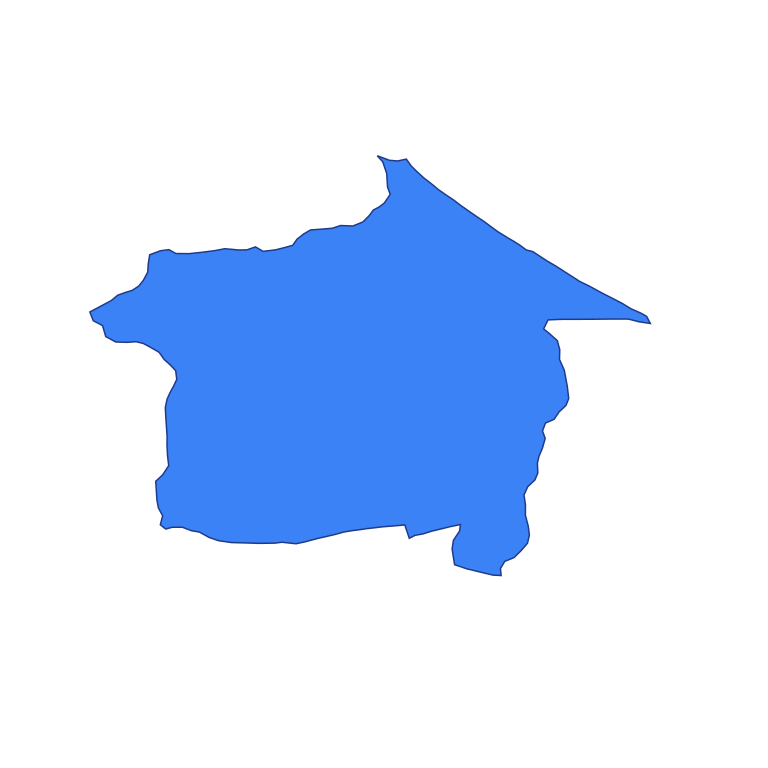 Fortaleza, Ceará, Brazil (orthographic projection), rotated 332°
{"feature_id": "56859067B83599165614359", "entity_name": "Fortaleza", "entity_type": "district", "adm_level": 2, "iso_a3": "BRA", "parent_name": "Brazil", "parent_adm1": "Ceará", "projection": "orthographic", "projection_center": [-38.524, -3.793], "detail": "fine", "context": "isolated", "style": "filled", "palette": "blue", "viewbox_px": 768, "rotation_deg": 332, "n_neighbors": 0, "source": "geoboundaries", "source_scale": "gbopen_adm2", "svg_char_len": 2403}
<svg xmlns="http://www.w3.org/2000/svg" viewBox="0 0 768 768"><g transform="rotate(332 384 384)"><path d="M647.6,455.6L647.6,447.5L644.0,441.9L637.5,433.7L632.2,424.7L618.3,404.7L611.4,394.2L605.0,385.4L598.0,372.9L590.7,359.9L585.5,351.5L577.5,336.9L572.6,332.5L569.3,325.5L565.9,319.5L562.1,313.4L556.5,303.8L553.6,298.0L548.7,287.7L545.6,281.9L540.4,271.9L535.5,262.2L532.0,254.5L527.1,245.4L523.3,237.9L520.2,230.3L515.8,220.5L512.4,210.8L510.4,204.4L509.3,195.9L500.8,193.5L493.9,189.1L485.2,179.3L487.2,187.3L485.2,199.5L479.6,211.7L478.5,219.5L469.1,224.4L462.7,225.4L456.2,225.4L450.2,228.3L441.5,231.0L430.7,229.9L420.1,223.7L411.5,222.2L401.0,217.7L391.5,213.5L383.5,213.8L375.2,215.3L368.5,218.7L360.3,216.9L351.1,214.6L339.5,210.1L334.9,202.6L325.9,201.2L318.5,197.4L312.8,193.6L306.9,189.8L297.5,186.9L285.3,182.3L273.3,177.5L261.5,171.1L257.2,164.4L249.2,161.4L237.8,159.9L232.2,167.3L228.0,174.2L220.2,179.5L213.3,182.4L205.5,183.1L198.3,181.7L190.5,180.6L182.2,182.3L170.9,182.3L158.1,182.3L157.0,191.6L162.9,200.3L160.6,211.5L166.8,220.9L176.5,226.5L185.0,230.3L190.5,235.2L195.0,241.9L200.3,250.4L201.4,259.1L204.3,267.1L206.3,274.5L203.2,282.6L197.2,287.1L191.4,290.9L185.4,295.5L179.8,302.2L175.3,311.9L171.3,320.8L167.9,328.4L163.7,336.1L159.1,345.9L155.6,355.0L145.9,360.3L136.8,362.7L129.0,379.9L126.6,387.5L126.7,396.4L120.4,403.3L123.2,409.6L129.8,411.1L138.8,415.9L145.2,423.2L151.5,428.1L157.5,437.3L164.4,444.7L174.9,452.4L187.8,459.7L198.6,465.9L205.0,469.2L213.0,473.3L219.6,475.8L231.4,483.8L240.2,486.3L246.8,487.8L253.9,489.5L261.6,491.6L270.2,493.9L278.9,495.8L287.8,498.8L294.3,501.3L301.1,503.7L309.4,507.0L315.4,509.3L328.3,514.9L336.2,518.2L333.9,532.1L340.4,532.2L348.2,534.7L356.9,536.3L368.1,539.2L375.4,541.0L385.5,544.0L381.7,549.3L371.9,554.6L366.7,561.6L364.3,568.5L361.5,576.7L370.3,586.0L382.1,596.5L390.5,603.9L397.5,608.1L400.2,601.6L407.3,597.3L417.4,598.3L427.4,595.3L435.9,592.0L441.4,585.7L444.6,577.3L447.3,566.1L452.2,557.1L455.5,547.7L462.8,542.1L472.2,539.6L478.1,534.7L482.3,525.8L486.9,520.6L493.9,514.9L500.8,507.7L501.9,499.9L508.2,494.3L517.7,495.0L525.6,490.8L534.7,488.3L540.3,483.5L544.8,471.9L549.7,456.3L550.5,444.7L555.3,436.2L557.4,427.1L553.9,417.6L550.8,410.3L558.9,404.4L570.6,410.0L579.1,414.5L586.7,418.5L598.3,424.6L616.8,434.2L630.4,441.5L638.4,448.8L647.6,455.6Z" fill="#3b82f6" stroke="#1e3a8a" stroke-width="1.5"/></g></svg>